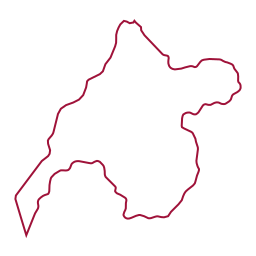 outline of Western
{"feature_id": "KEN-891", "entity_name": "Western", "entity_type": "Province", "adm_level": 1, "iso_a3": "KEN", "parent_name": "Kenya", "parent_adm1": "", "projection": "mercator", "projection_center": [34.624, 0.494], "detail": "fine", "context": "isolated", "style": "outline", "palette": "rose", "viewbox_px": 256, "rotation_deg": 0, "n_neighbors": 0, "source": "natural_earth", "source_scale": "10m", "svg_char_len": 3451}
<svg xmlns="http://www.w3.org/2000/svg" viewBox="0 0 256 256"><path d="M129.7,23.2L133.2,22.5L133.4,22.5L134.4,20.8L135.9,22.6L141.0,27.1L141.2,30.3L144.5,35.3L162.5,54.2L163.4,54.8L164.2,55.1L165.2,55.3L166.3,55.5L167.2,55.7L168.0,56.1L168.5,57.0L168.7,58.1L168.4,60.2L168.3,61.9L168.4,63.6L169.1,65.8L169.8,66.9L170.6,67.8L172.1,68.7L172.9,69.0L173.9,69.2L174.9,69.4L181.3,68.6L185.1,67.4L189.9,66.2L191.0,66.1L192.0,66.2L192.9,66.4L193.8,66.8L194.7,67.1L195.6,67.0L196.4,66.7L197.1,66.1L200.2,62.0L200.8,61.4L201.4,60.8L202.1,60.3L203.0,60.0L204.0,59.7L209.5,59.0L219.6,59.4L220.5,59.6L221.4,59.9L222.8,60.8L224.5,61.6L225.4,62.0L227.2,62.4L230.6,63.7L231.8,64.3L232.3,64.6L232.8,65.1L233.2,65.6L233.4,66.1L234.3,68.6L237.5,72.8L237.9,73.7L238.2,76.5L238.1,80.9L238.3,81.5L238.5,82.2L239.6,83.3L240.1,84.1L240.5,85.2L240.6,86.8L240.6,88.0L240.1,89.3L239.5,90.3L238.1,91.5L237.3,92.1L233.3,94.3L232.6,95.0L232.0,95.9L231.0,99.1L230.3,100.2L229.1,101.4L225.9,103.5L225.3,103.8L224.7,104.0L223.8,104.1L221.8,103.9L220.9,103.6L219.3,102.8L218.4,102.5L217.4,102.4L216.3,102.4L214.4,102.9L211.3,104.5L210.7,104.8L210.1,104.9L209.1,104.9L208.1,104.8L205.8,104.2L205.3,104.2L204.9,104.3L204.2,104.5L203.5,104.9L202.8,105.6L198.4,112.4L197.0,113.6L195.9,114.3L194.8,114.4L193.8,114.3L192.9,114.0L190.5,112.8L189.6,112.5L188.6,112.5L187.5,112.6L186.5,112.8L185.6,113.1L183.3,114.5L182.6,116.0L182.1,118.3L181.7,125.9L182.0,127.2L184.0,128.4L191.3,131.9L192.0,132.4L192.6,133.0L193.0,133.7L195.4,138.7L196.0,141.8L197.8,147.3L197.9,148.3L197.9,149.4L196.4,160.8L196.6,163.0L197.4,165.8L198.1,167.5L198.6,168.3L199.0,169.1L198.9,170.5L198.4,172.1L197.0,175.6L195.4,181.6L194.8,183.4L193.0,185.5L187.9,189.5L185.9,191.3L185.2,192.2L184.3,193.6L183.1,196.3L181.8,200.2L178.5,204.3L171.0,211.8L168.1,216.2L164.0,217.3L161.3,217.1L157.7,216.3L156.4,216.4L154.9,216.8L151.0,218.1L149.5,218.3L148.3,218.2L144.1,216.2L140.1,215.0L139.0,215.0L136.1,215.8L131.4,217.8L129.2,218.5L127.7,218.6L126.4,218.3L125.3,217.7L124.6,217.0L124.1,216.3L123.7,215.6L123.5,214.9L123.6,214.2L124.1,212.6L124.4,211.7L125.2,210.2L125.8,208.4L125.9,203.0L126.3,201.0L126.4,200.1L126.2,199.2L125.8,198.4L124.9,197.6L120.2,194.7L117.1,193.4L115.7,192.2L115.1,191.1L115.7,188.3L115.7,187.4L115.3,186.6L105.7,177.0L105.3,176.2L105.0,175.3L104.8,174.4L104.7,171.0L104.2,167.7L103.6,166.0L102.9,165.0L99.8,161.8L98.2,161.1L97.0,160.9L96.0,161.2L94.3,161.9L92.8,162.8L91.9,163.2L90.9,163.3L88.9,163.0L79.4,161.2L78.0,161.1L76.6,161.2L75.6,161.4L74.7,161.7L73.9,162.1L72.6,163.0L72.3,163.3L71.8,163.8L71.4,164.5L70.1,167.9L69.6,168.6L69.0,169.3L68.4,169.9L67.3,170.3L65.7,170.5L62.6,170.3L61.0,170.3L59.9,170.7L54.6,173.9L51.5,177.2L51.1,177.8L50.8,178.5L50.1,181.3L49.5,185.1L49.3,190.8L49.2,191.6L48.7,193.0L48.4,193.6L48.0,194.0L44.7,195.1L43.0,195.9L40.9,197.4L39.2,199.0L38.8,199.4L38.4,200.1L38.1,200.9L37.9,201.9L37.9,203.0L38.4,206.0L38.3,207.0L38.1,208.0L37.8,208.8L35.1,213.3L34.6,214.5L26.3,235.2L20.8,217.1L15.4,199.0L15.9,195.5L26.1,181.9L27.6,179.9L41.8,161.0L48.1,156.1L49.6,153.8L50.1,150.2L48.1,143.8L47.9,140.6L48.7,139.0L51.8,135.4L53.0,133.5L53.5,132.0L57.8,114.7L57.9,114.1L60.9,108.7L66.1,105.1L73.3,102.5L79.0,99.6L83.2,95.1L86.1,87.5L86.8,83.5L87.1,81.3L88.6,79.7L99.9,74.1L102.9,71.3L105.4,64.2L110.5,57.6L115.1,46.4L116.1,42.8L116.2,38.9L116.2,34.9L117.1,31.1L118.6,27.5L120.3,24.4L123.9,20.9L126.8,21.6L129.7,23.2Z" fill="none" stroke="#9f1239" stroke-width="2"/></svg>